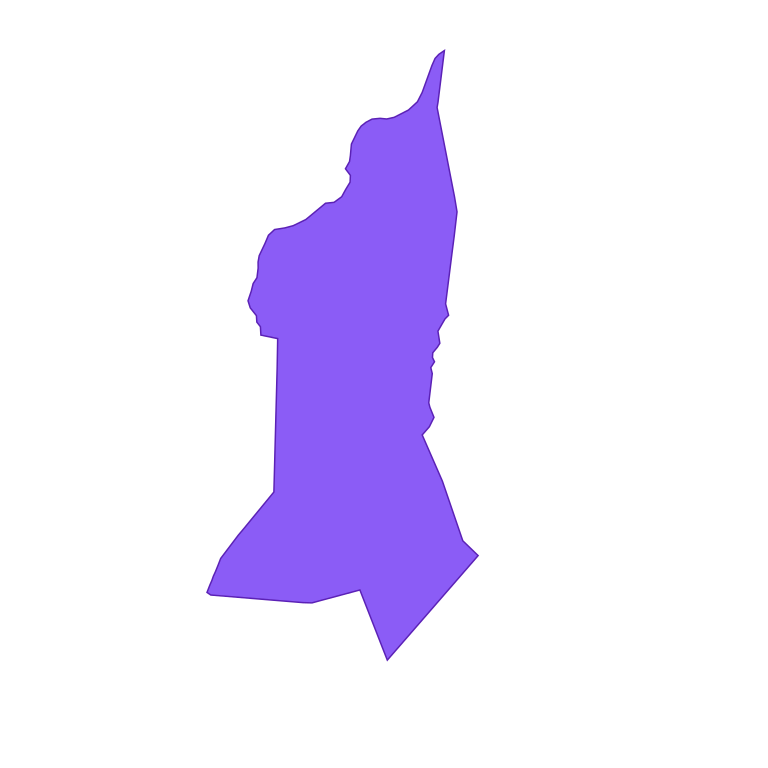 the district of Campo Largo do Piauí, Piauí, Brazil, rotated 47°
{"feature_id": "56859067B64351752657769", "entity_name": "Campo Largo do Piauí", "entity_type": "district", "adm_level": 2, "iso_a3": "BRA", "parent_name": "Brazil", "parent_adm1": "Piauí", "projection": "robinson", "projection_center": [-42.593, -3.868], "detail": "fine", "context": "isolated", "style": "filled", "palette": "violet", "viewbox_px": 768, "rotation_deg": 47, "n_neighbors": 0, "source": "geoboundaries", "source_scale": "gbopen_adm2", "svg_char_len": 1202}
<svg xmlns="http://www.w3.org/2000/svg" viewBox="0 0 768 768"><g transform="rotate(47 384 384)"><path d="M200.3,265.4L208.5,266.3L213.3,271.2L215.6,279.4L218.2,287.2L217.1,296.6L211.9,303.5L210.4,329.0L206.3,342.4L202.2,350.1L196.4,358.7L196.4,367.0L200.1,375.3L205.0,387.7L208.9,392.9L213.4,397.0L219.6,404.4L221.3,411.2L225.6,417.8L230.4,426.7L237.1,429.9L247.0,430.7L252.0,434.8L257.8,435.3L264.3,440.7L278.3,430.8L299.5,451.3L387.9,538.2L394.2,585.4L395.2,593.7L400.2,622.4L403.3,628.8L406.4,635.5L408.2,639.9L410.3,643.9L412.2,648.3L415.7,655.6L420.2,654.6L488.7,592.3L495.0,585.9L499.3,577.7L518.2,542.1L588.2,569.9L573.7,432.2L552.4,433.3L495.0,407.6L447.3,390.8L446.2,380.0L442.5,370.2L432.3,366.3L428.3,364.1L409.3,341.6L403.9,338.6L402.2,331.9L397.7,330.5L394.4,327.0L393.5,319.9L392.3,315.4L382.1,308.5L378.0,295.0L377.8,289.9L367.4,284.3L334.9,245.3L323.8,231.9L307.9,213.2L295.4,204.9L218.0,156.6L214.8,152.4L181.3,112.4L180.3,119.0L180.7,124.6L183.8,131.8L196.8,157.2L200.4,167.1L200.3,179.3L195.9,194.7L192.0,201.3L187.0,205.7L182.1,212.1L180.3,218.7L179.8,224.8L181.0,230.5L186.3,244.2L194.2,253.0L197.8,257.5L200.3,265.4Z" fill="#8b5cf6" stroke="#5b21b6" stroke-width="1.5"/></g></svg>